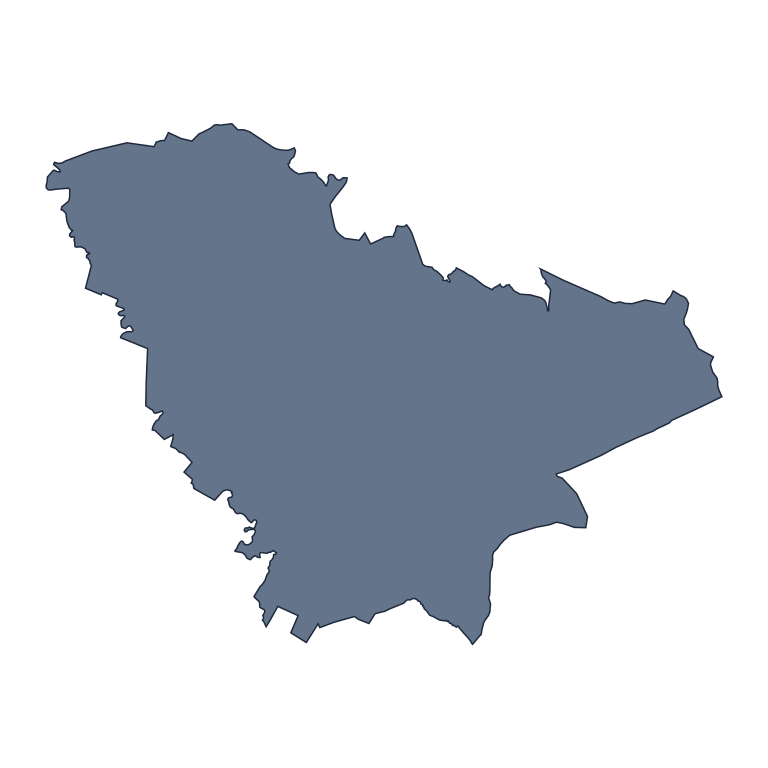 Capalna, Bihor, Romania (Mercator projection)
{"feature_id": "2599482B45096841934086", "entity_name": "Capalna", "entity_type": "district", "adm_level": 2, "iso_a3": "ROU", "parent_name": "Romania", "parent_adm1": "Bihor", "projection": "mercator", "projection_center": [22.103, 46.737], "detail": "fine", "context": "isolated", "style": "filled", "palette": "slate", "viewbox_px": 768, "rotation_deg": 0, "n_neighbors": 0, "source": "geoboundaries", "source_scale": "gbopen_adm2", "svg_char_len": 6070}
<svg xmlns="http://www.w3.org/2000/svg" viewBox="0 0 768 768"><path d="M585.8,527.7L587.5,516.5L576.7,493.7L562.2,478.2L557.2,476.3L556.1,474.0L569.1,469.8L601.5,455.2L615.9,447.4L638.5,437.0L653.1,431.1L657.1,428.7L669.2,423.0L671.8,420.3L694.8,409.8L721.9,396.7L719.1,390.6L717.7,385.9L717.7,381.5L716.9,377.8L712.7,372.1L710.6,365.3L710.5,363.7L711.0,362.1L713.4,356.9L698.2,348.6L688.7,329.3L684.3,324.7L683.8,319.3L686.3,313.1L687.4,309.5L688.5,303.3L686.3,298.8L683.6,296.6L680.4,295.3L673.2,290.9L670.7,296.2L667.5,299.7L665.6,302.9L664.5,304.0L645.3,300.0L632.1,303.7L625.1,303.4L619.8,301.9L614.3,303.1L607.5,300.4L601.3,296.8L563.5,280.3L540.4,268.9L540.8,269.5L541.4,273.4L542.7,276.7L545.5,279.9L546.2,282.0L545.3,283.4L546.6,284.2L549.7,288.2L550.6,290.2L548.6,306.8L548.8,310.7L547.7,310.8L545.9,302.5L544.6,300.4L541.4,297.9L530.4,294.9L520.2,294.2L514.5,291.1L512.8,289.5L511.9,287.9L510.0,286.2L509.4,284.8L506.5,285.1L503.6,287.3L501.9,286.9L500.5,285.4L500.0,284.2L498.6,285.4L494.4,287.6L492.8,288.8L492.4,289.7L491.9,289.6L484.1,285.7L472.3,276.6L468.6,275.0L463.5,271.6L456.3,267.9L455.6,269.9L453.1,271.7L451.7,273.5L448.5,274.9L448.0,275.9L447.8,276.8L448.4,278.2L449.9,280.3L450.1,281.7L448.5,281.9L446.9,279.9L445.8,280.7L442.9,280.2L443.2,277.8L441.6,275.8L437.1,271.5L433.7,269.7L432.1,267.3L425.0,266.1L422.7,264.2L411.9,233.3L410.0,229.6L406.6,224.8L404.8,226.2L403.1,226.6L399.2,226.4L397.4,225.8L396.7,226.6L395.7,229.2L395.4,231.3L393.6,235.0L393.6,236.5L388.9,236.6L384.2,237.3L383.4,238.1L370.6,244.0L364.8,232.9L359.2,240.3L344.7,238.4L339.5,234.5L336.7,231.5L335.0,228.7L331.6,213.8L330.0,204.4L335.3,196.6L343.4,186.5L345.7,183.1L346.6,181.2L347.1,177.9L343.4,177.7L342.3,178.2L340.4,180.0L337.9,180.0L335.8,178.5L334.2,176.0L332.7,174.8L330.0,174.4L329.0,175.2L328.1,177.2L328.5,180.1L326.5,185.9L325.4,185.2L323.7,182.4L321.4,179.8L318.0,177.0L316.0,173.1L314.7,172.6L308.9,172.5L298.7,174.1L294.2,171.6L289.3,167.4L288.1,163.8L289.7,162.9L289.8,161.1L291.6,158.5L293.8,156.9L294.8,154.0L295.5,150.8L294.3,147.9L290.3,149.7L287.5,150.3L281.9,150.1L276.3,148.9L272.8,147.2L249.7,131.8L243.9,129.8L237.8,129.8L231.8,123.7L219.7,125.3L218.6,124.7L214.4,125.0L210.6,128.2L201.0,133.1L199.3,133.6L191.9,141.1L181.0,138.5L168.4,132.6L164.6,140.5L161.0,140.6L156.2,142.1L154.1,146.7L127.0,142.8L91.9,151.0L65.4,161.0L62.1,162.9L59.0,163.5L54.5,162.3L53.6,164.4L59.6,169.7L60.1,171.8L57.2,171.6L54.0,170.1L52.9,170.8L47.4,177.1L47.2,181.6L46.3,184.9L46.1,187.0L46.6,188.4L48.0,189.7L49.8,190.1L58.9,188.9L68.1,188.3L69.4,188.9L69.8,189.6L69.6,197.5L68.7,201.1L61.8,206.8L61.1,209.7L63.3,210.6L65.6,213.0L66.2,214.4L66.3,216.7L67.0,221.6L69.2,227.5L71.4,230.1L72.6,230.4L69.6,234.3L69.7,236.1L71.5,237.3L73.6,236.8L74.4,237.2L74.6,238.2L74.0,239.8L74.7,242.3L75.0,246.5L76.4,247.1L80.8,246.8L82.8,247.6L85.3,249.1L86.5,251.8L87.3,252.7L89.0,252.5L89.5,252.9L89.3,254.0L87.0,254.8L86.6,255.6L86.5,257.6L87.8,257.8L88.3,259.1L89.4,260.3L89.8,261.0L90.0,262.9L91.4,265.3L85.5,288.2L101.2,294.8L102.3,292.7L117.9,299.3L117.5,301.9L116.2,303.5L116.0,305.0L116.4,305.9L123.9,308.6L123.8,310.3L119.9,311.7L119.0,312.3L118.2,313.7L118.9,314.8L120.4,315.7L123.4,315.5L124.6,315.9L124.5,317.1L121.0,320.7L121.1,324.7L121.8,327.2L125.5,328.6L128.2,326.1L129.4,325.8L131.1,326.9L133.1,330.2L132.9,330.8L131.8,331.7L126.9,331.7L123.1,333.6L121.6,335.2L120.8,336.6L120.6,337.7L147.6,348.6L146.2,382.6L145.8,405.7L150.6,409.1L152.6,410.0L153.7,412.3L154.9,413.2L158.2,412.6L162.3,411.0L162.8,411.6L163.0,412.8L162.4,414.0L160.0,416.3L158.6,419.5L156.4,420.6L154.1,423.9L152.7,427.2L152.3,430.0L155.1,430.5L164.3,439.4L173.2,434.7L172.9,438.9L170.7,446.5L175.8,448.6L179.4,452.3L179.6,452.0L181.1,452.5L184.8,454.6L192.0,462.4L184.0,472.1L192.3,479.2L192.1,480.9L191.2,483.2L192.5,483.7L193.0,484.5L193.6,486.3L193.6,487.6L193.9,488.5L214.7,500.2L222.0,492.1L223.6,490.8L226.5,489.8L230.1,490.5L232.0,491.9L231.4,492.4L232.5,495.1L232.4,495.9L231.4,497.3L229.0,497.6L227.8,498.9L227.8,499.6L228.9,502.4L229.0,504.0L230.3,507.2L233.2,508.8L235.4,512.5L236.9,513.6L241.0,513.3L243.7,514.5L246.0,516.8L247.9,519.7L250.9,522.5L251.7,522.5L253.9,520.1L255.1,519.9L256.3,520.4L256.7,521.8L254.7,528.0L252.3,528.4L249.5,527.1L247.4,527.9L245.3,528.0L244.3,529.4L244.3,530.1L244.8,531.5L245.7,531.9L246.7,531.5L248.6,529.8L254.1,529.3L254.9,530.2L255.3,531.5L255.2,532.4L253.9,534.9L252.1,536.8L252.5,540.2L252.2,541.9L249.2,544.4L246.9,545.0L244.5,544.2L242.8,541.4L241.3,541.1L239.6,542.8L237.8,545.9L236.7,548.8L235.0,550.5L235.1,551.4L242.2,552.6L244.9,554.7L247.1,558.3L250.0,559.6L250.7,559.6L252.2,557.5L255.1,555.7L258.0,557.4L260.1,557.5L259.6,554.4L260.1,553.1L261.1,552.5L267.2,553.3L268.5,552.3L270.5,552.3L273.3,550.6L276.5,552.9L275.9,554.2L273.7,554.5L273.2,557.8L271.9,559.8L270.4,561.0L269.9,562.8L269.8,565.4L268.3,567.4L268.1,568.1L269.3,570.9L269.3,571.5L267.0,574.7L264.9,580.6L262.0,584.8L260.2,586.4L254.0,596.5L254.8,597.7L258.6,601.1L259.5,602.4L259.8,607.1L260.1,607.5L264.4,609.9L264.8,611.2L264.6,612.5L262.8,615.4L263.5,617.2L263.5,618.2L262.4,620.3L263.7,621.5L266.1,626.7L269.3,621.7L277.8,606.4L298.1,615.6L290.8,632.8L306.3,642.5L318.1,623.8L319.8,627.6L333.9,622.3L354.6,616.5L358.1,619.2L368.9,623.5L375.1,613.7L385.0,611.2L389.9,608.8L402.7,603.6L403.9,603.0L406.6,600.2L408.2,599.8L410.2,599.9L412.3,598.7L415.0,598.6L416.9,599.6L418.1,601.1L419.9,601.5L420.4,602.1L420.8,603.9L422.8,605.0L422.9,606.5L424.1,607.6L424.2,608.9L426.0,610.2L429.7,615.2L433.5,616.7L439.4,620.0L444.9,620.9L446.1,620.2L447.1,621.5L448.3,621.1L449.6,623.2L451.4,623.7L452.6,625.5L453.9,625.3L456.3,627.2L458.0,626.1L460.9,629.9L468.1,637.9L470.7,641.2L471.6,643.2L472.6,644.3L479.9,635.6L481.1,634.7L481.9,629.7L483.6,622.9L484.6,620.9L488.4,615.6L489.8,612.1L490.5,603.9L488.6,597.7L489.5,595.2L489.8,592.0L490.1,572.7L492.2,565.8L492.7,559.2L492.5,555.5L493.6,552.2L497.6,548.2L499.9,544.8L504.0,540.2L509.8,535.2L536.4,527.2L549.3,524.8L556.6,522.2L563.1,523.5L574.4,527.4L585.8,527.7Z" fill="#64748b" stroke="#1e293b" stroke-width="1.5"/></svg>